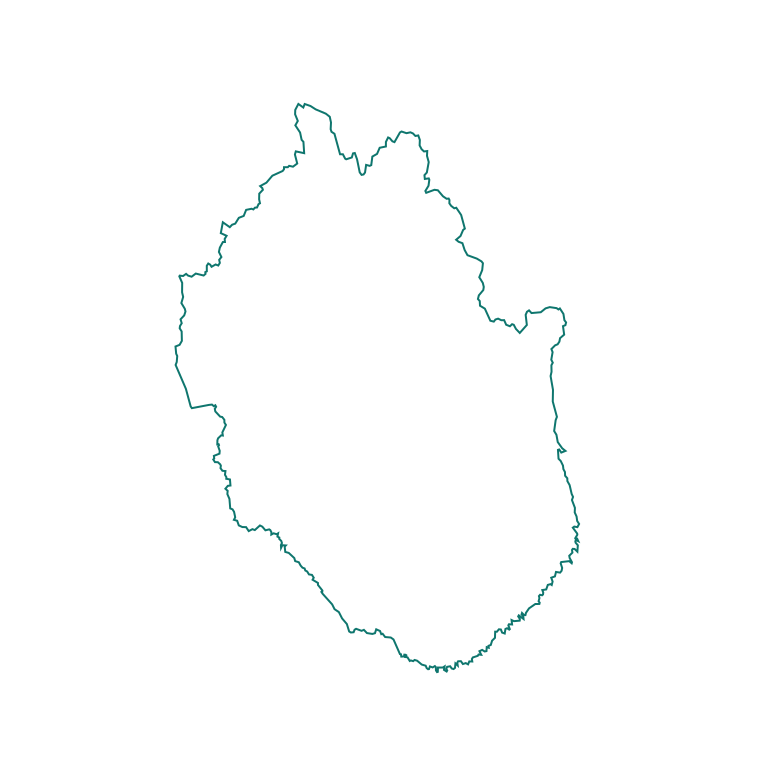 the district of Betroka, Anosy, Madagascar, rotated 162°
{"feature_id": "10022922B59412081262724", "entity_name": "Betroka", "entity_type": "district", "adm_level": 2, "iso_a3": "MDG", "parent_name": "Madagascar", "parent_adm1": "Anosy", "projection": "equal_earth", "projection_center": [45.864, -23.412], "detail": "fine", "context": "isolated", "style": "outline", "palette": "teal", "viewbox_px": 768, "rotation_deg": 162, "n_neighbors": 0, "source": "geoboundaries", "source_scale": "gbopen_adm2", "svg_char_len": 6118}
<svg xmlns="http://www.w3.org/2000/svg" viewBox="0 0 768 768"><g transform="rotate(162 384 384)"><path d="M234.4,267.8L236.7,275.1L235.7,282.4L236.7,286.7L231.9,296.6L229.7,299.3L228.9,315.2L225.1,326.2L223.1,340.1L220.9,343.8L219.0,350.1L216.9,352.1L217.4,355.4L213.8,362.2L214.0,365.5L209.3,367.9L206.6,368.1L204.1,370.1L202.4,373.2L197.4,375.3L195.9,383.7L193.3,383.9L191.8,386.3L192.7,388.9L191.7,395.2L193.4,401.5L195.1,401.0L196.4,402.8L202.6,405.9L207.0,406.0L212.7,403.8L221.8,405.9L223.3,409.2L225.7,408.5L227.9,406.0L229.9,396.0L239.1,390.6L241.5,395.6L242.3,400.2L243.7,401.3L246.4,400.0L249.5,402.6L250.0,407.6L252.7,408.4L255.3,410.9L258.1,410.9L260.3,409.4L263.3,411.3L264.8,424.5L268.5,428.8L267.3,433.3L268.4,435.8L266.4,439.0L260.5,442.7L259.1,445.5L258.8,449.6L260.4,456.1L255.4,462.0L252.6,468.3L253.4,470.5L257.0,474.6L264.8,480.7L265.9,486.5L265.9,493.7L269.1,496.2L270.8,498.9L265.5,501.1L261.1,506.1L259.1,506.8L258.4,520.9L260.8,529.3L262.9,529.4L265.1,532.7L266.0,535.7L264.9,538.7L265.2,540.4L267.2,540.8L269.9,544.3L272.9,551.6L276.0,553.1L284.8,552.8L285.0,554.8L280.4,558.8L277.8,564.2L277.9,565.7L281.8,566.4L281.0,570.1L277.9,571.9L272.9,581.2L272.6,587.7L270.9,592.2L274.1,592.8L275.7,595.7L276.4,599.9L274.5,605.0L274.6,609.8L277.5,610.2L279.0,613.3L281.1,615.2L285.1,615.6L289.3,618.7L291.1,618.3L299.3,610.8L301.0,612.2L302.6,616.0L303.9,617.2L307.4,613.6L308.8,609.3L315.1,610.0L319.5,605.0L324.8,603.9L328.5,596.1L330.2,595.9L333.3,597.9L336.7,591.0L338.7,589.6L340.7,589.8L341.7,592.8L340.2,606.0L340.4,612.7L342.2,612.9L344.6,609.4L350.5,609.4L351.3,610.3L352.1,615.2L354.8,616.1L353.8,637.3L356.0,640.1L356.0,642.8L353.6,649.1L353.0,654.9L355.8,659.1L364.1,666.3L368.0,671.1L372.9,674.8L375.3,671.9L378.9,676.8L383.7,672.1L385.2,668.0L384.7,660.8L388.4,657.4L386.1,649.1L386.9,641.7L385.8,639.2L388.6,628.2L396.0,632.5L397.8,629.8L398.4,620.5L403.4,618.8L406.8,620.8L408.5,619.9L412.1,621.1L412.8,619.1L414.6,617.9L425.8,616.6L433.6,611.8L440.6,610.5L439.2,607.9L439.2,606.1L443.8,603.6L445.7,598.2L446.1,594.2L447.8,593.8L450.2,591.1L452.2,591.6L454.3,590.4L455.8,591.6L461.3,592.2L465.5,587.2L470.7,586.9L475.9,582.5L479.3,582.4L482.2,580.8L487.3,587.6L492.6,577.9L487.9,573.6L490.7,571.2L491.4,568.2L493.4,568.8L498.0,564.4L500.2,560.6L499.4,555.0L502.4,553.0L502.7,549.9L505.0,547.9L507.2,549.7L511.8,548.8L512.4,551.2L513.9,552.9L516.0,551.2L517.7,545.9L519.4,545.6L519.7,543.9L522.0,542.9L528.9,547.2L533.8,545.5L536.8,547.6L538.2,549.9L541.7,548.8L544.8,550.2L545.4,549.6L544.7,542.5L547.7,533.6L548.1,528.9L551.7,523.6L550.2,517.1L550.4,514.3L552.8,511.0L557.5,508.4L557.6,504.3L560.1,502.2L561.1,500.1L560.2,496.5L562.9,487.5L566.3,484.4L570.7,484.1L572.3,477.0L572.0,474.5L574.3,469.0L576.3,466.5L573.9,440.6L574.8,422.4L574.2,420.4L556.9,418.2L554.0,417.6L552.7,415.5L551.0,415.9L550.7,414.2L552.6,412.7L552.9,410.0L549.9,403.6L548.1,402.6L546.9,399.3L547.7,396.6L547.0,393.9L552.7,387.9L553.2,384.8L554.7,385.5L558.6,383.6L559.8,382.0L561.2,378.1L559.9,377.9L559.8,376.8L561.0,375.9L560.9,371.2L562.0,368.6L568.0,368.2L568.5,365.6L569.7,365.0L568.9,361.9L566.2,361.0L564.6,358.2L564.4,356.7L565.5,354.5L564.5,351.4L561.7,350.2L563.3,346.8L562.7,344.0L563.3,342.6L560.0,340.8L561.4,334.9L564.0,335.4L567.2,333.4L565.7,330.7L567.0,327.7L566.5,322.5L568.7,313.2L566.8,311.6L566.1,308.8L566.7,303.2L568.7,301.2L565.9,299.3L565.8,294.4L562.9,291.7L559.4,290.5L558.1,285.9L554.0,286.6L552.0,285.0L545.7,287.8L543.8,285.9L542.0,281.5L538.1,281.2L537.3,280.2L536.9,277.8L537.7,275.6L535.1,276.1L532.5,274.3L530.9,274.7L532.5,271.8L531.0,270.3L531.5,269.1L530.2,266.5L530.2,264.3L531.8,262.7L532.5,260.0L530.5,262.1L527.3,260.8L528.7,260.0L529.8,254.8L526.8,252.8L523.1,246.2L523.2,243.0L520.1,240.8L519.4,237.1L518.3,234.5L516.5,233.1L516.5,231.0L515.0,229.4L514.2,226.1L511.5,224.7L510.7,221.5L512.4,219.9L508.3,215.2L508.9,213.3L506.4,206.6L507.0,205.3L508.0,206.4L507.2,203.5L501.4,190.4L500.6,185.1L497.4,181.0L496.3,174.0L493.5,167.2L493.6,159.4L492.3,157.9L489.6,157.3L487.9,159.4L486.2,159.8L481.6,156.2L479.1,156.4L477.2,152.4L472.3,149.9L469.6,149.8L467.2,153.1L464.1,150.3L463.9,146.9L462.5,146.9L461.1,143.0L455.9,140.8L453.9,138.1L452.3,122.2L451.4,121.7L451.8,119.4L449.1,118.7L448.3,120.3L447.1,119.8L446.6,119.1L448.0,117.7L446.1,116.8L445.1,112.6L443.9,112.8L441.9,111.4L440.2,112.1L438.0,110.6L434.8,105.5L431.4,103.2L431.2,100.6L430.2,99.1L429.3,99.0L427.6,101.2L425.3,99.4L422.8,100.0L422.2,98.8L423.1,95.5L422.6,93.6L421.8,93.6L420.3,97.7L415.7,96.2L413.7,96.7L415.3,93.6L413.3,91.2L412.4,92.0L412.8,93.8L411.4,95.5L408.3,95.1L407.5,92.5L405.9,91.4L404.2,92.1L402.4,96.2L400.9,93.5L400.4,96.3L399.2,97.4L396.5,96.6L395.5,93.3L392.5,93.3L390.7,91.4L388.6,93.8L385.8,92.8L385.4,95.3L384.0,96.5L378.8,96.5L377.7,97.5L375.2,96.4L375.8,100.4L372.8,100.8L370.9,98.5L369.1,98.3L367.6,102.0L365.9,100.8L365.5,102.7L363.1,102.8L360.5,106.5L356.9,108.3L354.8,114.1L353.2,113.5L350.5,115.2L348.7,114.4L348.5,111.1L346.3,109.4L344.2,113.5L342.4,113.7L340.8,111.7L340.1,112.0L340.3,116.1L339.4,116.9L336.5,115.7L335.6,120.1L333.7,118.3L328.1,117.0L327.4,118.5L328.2,121.5L327.3,122.3L323.9,117.4L323.3,120.0L324.4,122.3L323.5,123.6L322.2,121.0L320.9,120.5L319.7,122.5L315.4,125.8L308.1,128.0L304.2,126.8L303.5,127.9L304.1,129.6L302.3,132.4L302.2,134.4L300.7,135.3L298.9,134.2L297.8,134.7L297.0,136.4L297.1,139.1L293.2,138.5L290.3,142.3L287.5,142.2L286.6,141.0L284.7,144.0L284.8,148.1L280.9,148.2L278.5,152.1L274.8,150.2L272.8,151.5L271.4,154.0L271.4,158.8L270.5,159.9L262.6,158.3L260.9,155.5L260.3,156.4L261.2,161.1L260.9,163.4L256.9,165.4L256.5,168.0L255.4,168.9L253.7,168.2L251.9,164.8L249.5,170.7L250.8,173.9L250.6,175.4L249.6,176.2L247.8,174.5L248.1,177.2L249.6,177.2L249.8,178.2L246.7,180.9L246.5,182.1L248.8,189.0L247.1,189.6L244.3,188.1L241.7,190.6L242.6,194.1L241.8,198.5L242.3,202.9L240.7,207.2L241.1,215.6L239.1,218.2L239.5,221.4L238.7,230.5L239.6,235.0L238.8,237.7L240.1,240.8L239.1,244.4L239.7,247.6L239.0,251.1L239.7,256.1L241.1,259.0L238.9,267.6L237.6,267.6L236.6,264.0L232.1,264.3L234.4,267.8Z" fill="none" stroke="#0f766e" stroke-width="2"/></g></svg>